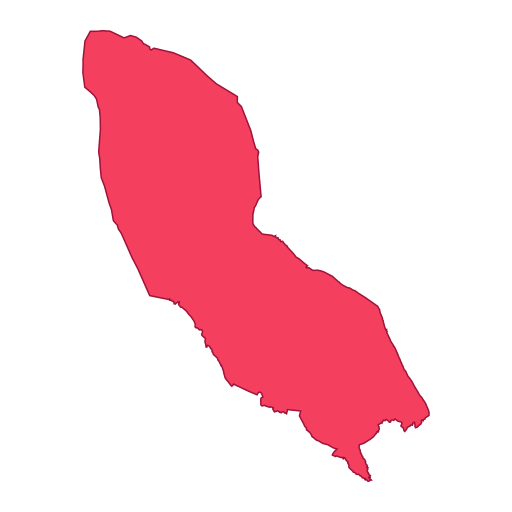 Sigdal nor, Buskerud, Norway
{"feature_id": "86288312B81209358374385", "entity_name": "Sigdal nor", "entity_type": "district", "adm_level": 2, "iso_a3": "NOR", "parent_name": "Norway", "parent_adm1": "Buskerud", "projection": "albers", "projection_center": [9.585, 60.13], "detail": "fine", "context": "isolated", "style": "filled", "palette": "rose", "viewbox_px": 512, "rotation_deg": 0, "n_neighbors": 0, "source": "geoboundaries", "source_scale": "gbopen_adm2", "svg_char_len": 6076}
<svg xmlns="http://www.w3.org/2000/svg" viewBox="0 0 512 512"><path d="M90.3,31.3L85.0,41.0L83.0,59.9L83.1,62.0L82.9,72.8L84.8,87.2L90.2,91.8L94.3,95.6L96.6,99.3L98.2,107.1L99.4,109.2L100.2,117.4L100.4,129.4L98.7,151.5L99.0,154.4L99.7,158.1L100.3,168.1L101.3,177.8L104.5,186.1L109.1,203.0L111.5,209.8L113.3,220.4L114.2,221.7L117.5,225.3L117.4,225.5L118.4,229.0L121.4,233.5L132.0,257.5L137.9,268.9L149.7,295.6L168.9,299.5L169.0,299.3L169.6,298.9L170.1,299.6L170.2,299.9L170.0,300.2L171.6,300.4L171.7,300.8L172.3,301.2L173.7,301.6L174.2,303.9L175.0,303.6L175.5,304.0L176.5,302.8L177.9,302.3L178.6,301.7L179.1,301.7L179.3,302.0L179.0,302.6L179.2,303.2L178.7,303.5L178.7,304.8L179.9,306.0L180.3,306.9L180.9,307.3L181.9,307.2L186.4,311.1L188.9,314.5L190.9,316.5L194.1,321.2L195.1,323.6L195.2,326.0L195.0,326.5L195.4,327.4L196.2,327.9L197.2,327.7L198.5,328.8L198.7,329.3L199.9,330.0L201.0,329.5L201.4,330.0L202.1,330.2L202.5,331.4L202.3,332.2L202.3,333.0L202.0,333.7L201.6,334.0L201.8,335.1L202.7,336.2L203.6,336.6L203.8,337.2L205.5,338.4L205.0,340.9L205.0,342.0L205.8,344.8L206.0,346.6L206.2,347.1L206.8,347.1L207.4,345.5L207.9,345.4L209.9,346.6L210.0,347.3L210.6,348.2L210.6,348.6L211.9,349.2L212.0,349.6L211.9,350.9L212.5,352.5L213.1,353.1L213.3,354.4L217.5,358.2L217.8,359.9L219.2,361.6L221.0,365.6L221.5,365.4L221.5,366.1L222.1,367.0L223.7,371.9L223.7,372.7L225.1,377.8L226.3,379.6L228.3,381.9L231.4,386.1L232.3,385.9L232.8,385.1L233.3,384.9L233.5,384.1L249.0,391.4L257.1,394.8L257.8,393.3L259.1,392.1L260.7,392.4L261.8,394.0L262.9,397.1L261.3,397.8L260.8,398.8L260.7,400.3L260.9,403.0L260.8,404.1L261.2,405.4L261.9,405.9L264.8,405.4L265.9,406.1L269.9,407.3L270.1,407.0L270.7,406.8L273.4,407.7L273.4,408.0L272.8,408.8L272.8,409.2L273.2,409.6L274.1,411.5L274.5,411.9L277.6,410.8L278.6,411.6L279.4,411.7L279.8,412.4L280.5,412.3L281.2,412.8L282.2,411.9L283.3,411.7L284.1,412.1L284.2,412.5L284.9,413.1L285.3,412.9L286.6,413.8L286.7,413.5L286.6,413.0L287.1,411.8L287.4,409.6L300.7,411.0L299.4,415.9L303.8,424.1L304.5,425.8L305.3,427.0L306.4,428.1L306.5,430.0L307.8,430.5L308.3,431.6L309.4,431.9L311.5,435.0L311.7,436.1L312.7,437.2L313.4,437.4L314.7,438.8L316.6,440.2L318.4,440.8L322.7,443.4L327.8,444.7L333.3,447.9L337.0,449.0L334.3,451.7L332.6,454.1L332.3,455.0L335.4,456.5L336.0,456.1L337.1,456.1L340.8,457.5L342.1,457.3L343.3,458.9L343.5,458.8L343.4,458.2L343.6,457.6L344.1,457.9L344.6,457.7L345.1,457.9L345.6,459.7L346.1,460.0L346.7,461.0L347.7,461.6L347.8,463.0L348.2,463.2L348.1,463.6L348.7,464.4L348.6,464.7L349.0,465.2L348.8,466.7L349.2,467.8L352.0,470.5L352.8,470.9L353.1,472.0L355.1,472.8L356.4,474.3L358.3,474.3L359.4,474.9L360.1,475.9L361.3,476.2L362.4,477.9L363.2,477.7L364.3,478.5L365.4,478.5L364.9,479.6L365.2,479.8L365.4,479.4L367.1,480.2L368.0,481.3L369.3,481.0L370.5,480.1L371.3,480.0L370.1,478.9L369.6,478.9L368.8,477.4L369.2,477.2L369.4,477.9L369.8,478.0L370.3,477.3L369.6,476.5L370.4,475.7L370.1,475.3L368.9,474.8L368.6,473.8L368.8,473.6L368.4,472.9L367.9,472.8L367.7,472.4L367.8,472.0L367.1,470.7L367.8,469.1L367.8,468.5L367.5,468.3L367.9,467.7L367.4,467.5L367.1,467.8L366.8,467.3L366.7,467.0L367.3,466.4L367.4,465.9L366.6,464.6L366.2,464.3L365.7,463.6L365.5,462.4L365.7,461.8L365.4,461.5L364.9,460.0L364.1,458.9L363.0,458.2L362.8,456.9L361.9,455.6L361.4,454.1L360.6,453.3L360.7,452.9L360.1,450.3L360.1,449.8L359.4,448.8L359.0,447.8L359.2,447.2L359.1,446.0L359.4,444.7L364.0,443.2L370.5,439.1L373.2,437.0L376.7,432.9L376.8,432.5L376.6,432.2L377.1,431.7L377.7,431.3L378.1,431.9L378.7,430.9L378.5,430.2L379.1,429.5L379.3,428.4L378.8,427.1L379.0,426.6L378.6,426.3L378.1,424.7L379.9,423.9L380.5,423.1L381.5,423.2L382.2,422.9L382.5,421.9L382.3,421.7L382.8,421.3L383.4,420.2L385.0,420.7L385.7,419.7L386.5,419.4L386.9,420.0L388.2,420.8L389.2,422.1L390.0,422.3L390.7,421.7L391.0,420.5L391.3,420.1L391.9,419.9L393.8,420.4L394.7,419.1L395.1,419.0L397.9,421.2L401.4,422.1L401.8,422.5L401.8,423.4L401.7,424.2L401.0,425.5L401.0,426.2L403.3,428.0L404.0,430.7L404.8,431.5L406.9,428.8L407.0,427.8L408.2,426.9L409.7,426.3L409.6,426.1L411.0,424.9L412.4,425.2L412.9,423.7L412.7,423.3L414.0,422.2L414.3,422.2L414.4,422.5L414.7,422.7L414.7,424.0L415.0,424.9L414.9,426.1L415.4,427.7L417.1,427.2L418.2,426.4L418.4,425.8L420.9,424.0L421.3,422.8L421.7,422.4L421.4,420.9L421.6,420.8L421.9,420.0L423.2,420.7L423.4,419.8L424.1,419.3L424.9,419.1L425.4,417.7L427.8,416.3L429.0,415.4L429.0,414.0L429.1,413.3L428.7,410.9L425.5,403.3L421.3,396.9L420.4,396.2L419.2,394.4L418.5,393.2L418.4,392.8L414.4,386.2L412.0,381.6L409.6,378.2L407.8,376.0L405.7,371.2L404.1,369.6L402.9,366.0L402.3,365.3L401.1,362.1L400.7,361.5L399.9,359.2L398.9,357.4L398.2,355.3L395.3,348.7L394.2,346.5L393.6,346.3L393.1,344.9L390.7,341.2L390.1,339.5L386.7,332.4L387.1,331.6L386.8,331.3L386.6,329.7L386.1,330.2L385.3,329.0L384.6,326.5L384.2,325.5L384.1,324.5L383.6,323.1L383.1,320.4L382.4,319.2L382.5,318.6L382.2,317.5L380.2,312.9L379.5,309.3L378.8,308.6L377.7,306.3L364.9,297.3L358.2,293.1L355.0,290.7L352.8,290.0L349.7,288.0L347.2,287.5L343.0,285.3L340.3,283.4L339.2,282.1L338.0,281.4L332.5,276.4L324.1,272.0L321.7,271.1L317.9,270.2L312.8,270.4L308.9,267.7L306.3,267.8L306.1,267.5L306.3,266.7L307.5,265.8L303.8,262.9L299.1,258.8L296.2,257.2L293.6,253.8L287.3,247.0L287.4,246.7L286.7,245.5L285.9,245.4L284.1,243.4L282.7,241.4L282.2,241.2L281.4,241.7L280.7,241.6L280.2,239.9L278.9,239.7L278.5,239.3L278.4,238.4L278.1,237.9L277.1,237.9L276.5,237.2L275.7,237.2L274.7,236.5L275.1,235.9L273.6,236.4L272.0,235.3L262.3,234.1L256.6,228.5L256.1,227.7L254.8,226.7L253.1,224.1L252.8,222.3L252.9,215.6L253.1,213.3L254.0,209.7L254.1,207.9L255.5,205.9L258.2,199.8L259.9,197.7L261.1,196.8L258.9,172.6L257.7,156.0L258.1,155.6L258.1,153.7L258.7,153.0L258.3,152.5L258.5,152.2L258.5,151.5L257.6,150.0L255.4,148.4L255.5,147.9L253.7,141.9L250.8,130.6L241.4,106.6L237.3,102.4L237.4,96.6L216.3,83.8L207.2,75.9L190.7,60.1L173.4,52.8L153.9,48.2L151.3,49.9L149.8,49.1L149.6,47.0L144.9,44.2L143.5,43.9L141.8,41.0L136.3,37.2L130.5,35.5L124.1,37.9L110.1,31.2L102.3,30.7L97.5,31.3L90.3,31.3Z" fill="#f43f5e" stroke="#9f1239" stroke-width="1.5"/></svg>